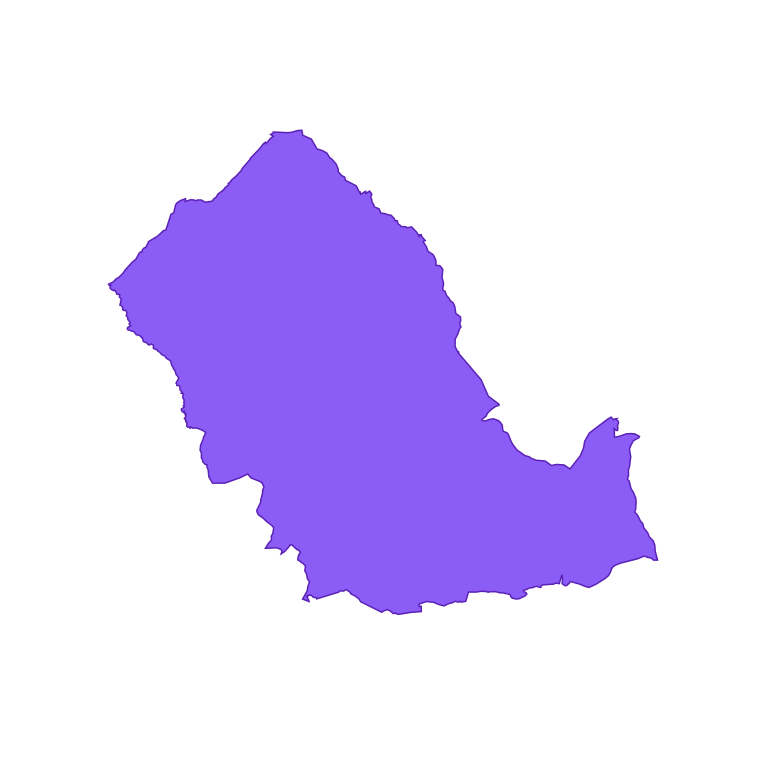 outline of Slanic, Prahova, Romania, rotated 155°
{"feature_id": "2599482B89499575476791", "entity_name": "Slanic", "entity_type": "district", "adm_level": 2, "iso_a3": "ROU", "parent_name": "Romania", "parent_adm1": "Prahova", "projection": "robinson", "projection_center": [25.946, 45.239], "detail": "fine", "context": "isolated", "style": "filled", "palette": "violet", "viewbox_px": 768, "rotation_deg": 155, "n_neighbors": 0, "source": "geoboundaries", "source_scale": "gbopen_adm2", "svg_char_len": 6171}
<svg xmlns="http://www.w3.org/2000/svg" viewBox="0 0 768 768"><g transform="rotate(155 384 384)"><path d="M537.4,612.6L538.0,611.6L542.5,608.4L543.8,608.7L545.8,608.0L547.8,606.1L548.4,606.6L550.5,606.1L556.2,601.9L560.7,600.8L570.2,596.8L574.2,594.5L579.4,592.7L582.4,592.5L586.1,590.9L591.5,590.9L591.4,589.7L589.8,588.8L591.4,587.6L591.7,586.0L589.7,582.9L588.5,583.0L588.0,580.7L588.2,578.2L585.8,576.9L585.7,576.4L586.8,575.4L587.0,574.5L586.2,571.8L587.9,570.2L588.1,568.9L589.1,568.4L590.0,567.0L589.0,566.2L588.6,564.3L588.6,563.3L589.4,562.1L588.8,560.7L586.8,559.7L587.0,556.9L588.8,554.8L588.0,552.7L588.9,551.0L588.1,547.1L589.7,546.1L588.9,543.9L592.5,543.5L593.2,542.9L593.4,541.6L588.4,536.9L587.7,533.3L585.1,531.5L583.5,527.1L584.2,524.3L582.2,522.2L581.2,520.5L581.2,519.5L579.9,518.4L578.6,518.8L577.1,517.6L576.6,516.2L577.8,514.4L577.7,513.4L575.2,510.7L575.1,509.4L573.9,507.7L573.0,504.5L570.8,502.0L570.4,499.3L567.7,495.3L568.4,491.2L568.1,487.5L568.5,486.4L567.7,485.0L568.4,480.3L567.6,477.6L567.6,476.0L572.1,472.7L571.7,471.4L572.4,470.3L570.2,468.9L570.1,468.3L571.3,464.8L570.5,462.4L571.7,461.3L570.0,460.4L570.0,459.9L571.2,458.5L572.2,456.3L571.8,454.1L573.5,451.3L573.4,449.8L575.0,449.2L574.6,447.6L578.4,446.8L578.7,445.2L578.3,443.7L576.6,443.7L577.4,442.4L576.3,441.6L577.1,440.9L576.3,440.2L577.1,439.5L577.3,438.4L579.6,436.9L578.7,435.2L579.6,434.0L579.0,433.1L579.4,432.4L579.0,432.0L580.7,429.0L580.0,427.8L578.8,427.1L578.5,425.9L577.4,426.7L576.0,424.8L572.7,423.5L569.6,420.5L567.1,417.4L566.3,415.6L567.3,414.2L570.1,412.0L571.7,409.9L575.9,406.3L578.6,401.9L578.7,398.5L580.7,394.3L580.5,392.1L581.1,390.2L580.0,386.6L578.5,385.7L579.6,383.3L579.6,380.6L582.0,373.9L581.3,366.6L570.0,361.4L554.5,359.9L545.5,360.0L544.2,355.0L537.6,348.1L536.2,345.3L536.5,341.0L538.6,339.4L540.4,336.2L545.2,330.3L545.5,329.1L552.6,323.4L553.2,321.8L553.1,318.5L550.4,313.9L548.6,309.2L545.2,302.6L544.8,300.1L548.0,295.5L550.6,293.6L551.4,291.1L552.2,290.1L556.4,288.3L560.9,285.2L550.7,281.0L547.2,277.6L547.2,275.4L549.0,273.5L544.5,274.2L538.0,277.1L537.2,277.9L535.5,277.1L532.8,270.6L532.0,270.6L530.9,266.9L530.9,266.5L532.3,266.1L534.0,264.7L536.4,261.4L536.3,260.5L535.0,259.2L534.7,257.8L533.3,255.8L532.2,252.8L532.5,251.5L534.8,248.1L534.4,244.8L535.7,240.0L535.2,236.1L538.5,232.7L541.1,228.9L548.7,223.5L543.9,218.5L543.5,220.4L544.0,222.7L542.6,223.9L543.4,224.4L542.2,224.8L539.1,223.2L538.3,220.7L535.3,218.5L535.7,217.7L513.0,214.5L511.3,215.1L507.9,213.3L506.1,213.8L504.8,213.2L502.6,209.3L502.8,207.9L499.6,203.8L497.5,199.5L497.1,196.4L482.5,178.1L479.7,178.5L476.3,178.0L474.4,175.8L472.6,172.0L470.3,171.6L470.1,170.8L468.6,169.4L466.3,168.5L456.5,165.8L446.4,162.0L444.2,166.8L446.2,167.6L446.3,168.2L445.4,169.2L444.7,169.6L437.7,169.0L431.6,165.4L426.9,160.4L423.3,157.5L417.8,157.6L414.9,156.9L411.3,156.9L408.4,154.7L406.6,154.7L406.2,153.7L401.7,152.5L395.4,159.7L387.9,156.3L383.6,155.1L379.6,153.0L377.4,151.2L376.1,151.1L370.4,148.5L367.3,145.8L364.6,144.5L359.2,140.4L358.6,139.6L358.9,137.8L358.4,135.8L355.0,133.2L352.2,132.3L346.0,132.3L343.3,133.3L343.6,135.2L344.9,136.4L345.0,137.4L344.6,138.0L341.3,137.5L338.8,137.7L335.1,136.6L331.7,136.4L327.9,133.4L326.4,134.8L324.9,134.8L314.7,130.9L312.5,131.0L309.5,129.0L303.3,136.0L304.5,132.0L306.9,127.8L305.6,125.2L304.5,124.3L303.3,124.2L300.3,125.2L298.6,126.3L291.0,119.7L287.4,115.7L284.7,113.4L283.4,112.9L275.6,113.0L265.4,114.4L261.5,115.5L258.4,117.7L255.8,120.4L254.0,121.4L251.2,122.0L245.4,121.7L228.0,118.4L221.2,118.1L219.9,117.3L218.4,115.4L215.5,113.6L214.1,110.4L210.5,108.8L208.9,117.7L206.7,123.5L206.3,128.0L208.1,133.2L207.9,137.9L209.3,143.6L208.5,148.4L209.5,151.2L209.6,157.6L210.9,162.0L208.9,164.0L205.3,170.7L204.0,174.4L203.8,179.9L204.3,185.0L202.8,192.3L203.7,194.8L201.1,197.6L198.8,202.8L196.3,205.5L191.1,213.9L189.1,221.2L186.5,223.8L182.0,227.2L175.7,227.6L174.6,228.5L177.7,232.7L181.1,234.7L185.4,236.4L192.7,237.1L197.6,238.3L194.2,246.3L193.2,243.8L192.0,243.2L190.5,245.6L190.1,247.4L187.9,249.6L187.5,251.4L188.5,254.2L188.0,254.3L189.4,254.8L191.0,254.4L192.2,258.0L196.4,257.6L218.6,252.8L226.4,247.2L230.4,241.4L236.2,236.1L251.4,228.4L255.0,234.5L261.7,238.2L266.7,239.4L270.6,246.2L278.2,250.5L281.8,254.2L283.2,256.7L286.4,259.4L291.2,267.6L292.6,273.3L293.1,277.8L292.6,285.9L293.1,287.8L295.5,290.2L295.9,291.8L294.2,296.8L294.8,300.2L295.6,302.3L299.5,306.2L304.2,307.5L307.6,307.6L309.7,308.7L310.7,309.9L309.3,310.8L305.2,311.6L302.4,313.9L297.8,315.5L292.6,316.5L288.8,316.1L288.3,317.0L294.6,328.8L294.2,346.9L303.6,380.8L302.7,381.2L303.7,383.4L303.7,388.1L300.5,394.6L295.6,398.4L292.3,402.0L290.1,403.2L290.0,406.5L287.7,409.0L286.3,412.5L289.1,417.6L287.2,423.9L287.0,428.2L288.7,431.7L288.8,434.1L289.9,437.9L289.5,442.1L290.9,444.2L290.0,446.5L288.7,447.9L287.4,450.4L286.4,456.1L282.3,462.9L282.9,466.3L283.6,467.8L286.6,469.4L284.7,474.4L284.6,478.4L285.0,480.9L288.0,485.5L287.6,490.4L288.4,496.6L286.0,496.6L287.7,502.6L287.1,503.4L288.3,504.3L289.8,503.0L290.3,507.9L292.6,514.7L296.9,515.8L298.1,517.5L301.9,519.4L302.2,520.9L303.6,523.1L303.0,526.4L304.9,527.4L304.9,529.8L306.2,533.8L309.1,535.9L310.8,537.8L314.6,540.2L314.4,544.8L318.0,548.7L317.5,550.9L318.0,554.5L317.2,555.8L317.0,559.0L314.8,561.3L315.5,564.9L319.9,564.3L320.0,564.8L319.1,566.3L319.5,566.4L325.1,565.8L324.5,568.1L325.2,568.1L325.4,575.3L332.8,584.9L332.2,588.2L334.2,590.7L335.7,595.5L334.7,598.1L334.4,603.3L336.1,609.5L337.6,612.3L338.1,617.2L341.0,621.4L345.4,625.4L346.3,636.6L352.5,643.8L351.2,648.7L355.2,650.2L361.5,651.2L364.9,652.4L377.9,659.2L378.5,658.3L381.3,658.1L379.6,655.3L383.3,654.5L389.3,651.7L389.5,653.3L391.7,652.7L397.9,649.6L409.9,645.0L410.2,644.3L421.1,639.4L423.2,637.8L429.5,635.2L436.6,633.1L437.0,632.4L440.5,631.5L440.4,630.3L444.8,629.2L447.7,627.7L454.2,626.3L457.2,624.3L460.5,623.6L462.3,622.3L469.2,624.3L471.7,627.9L475.0,629.5L477.3,629.7L478.4,631.1L481.3,632.7L487.0,633.4L485.6,635.8L491.1,636.3L495.5,635.5L497.2,634.3L501.9,628.4L503.5,627.8L505.3,627.9L516.5,615.8L519.1,616.2L526.9,613.6L537.4,612.6Z" fill="#8b5cf6" stroke="#5b21b6" stroke-width="1.5"/></g></svg>